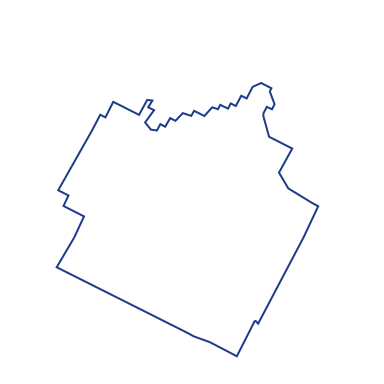 Tuscaloosa, Alabama, United States of America (Robinson projection), rotated 297°
{"feature_id": "52423323B92011906728955", "entity_name": "Tuscaloosa", "entity_type": "district", "adm_level": 2, "iso_a3": "USA", "parent_name": "United States of America", "parent_adm1": "Alabama", "projection": "robinson", "projection_center": [-87.372, 33.307], "detail": "fine", "context": "isolated", "style": "outline", "palette": "blue", "viewbox_px": 384, "rotation_deg": 297, "n_neighbors": 0, "source": "geoboundaries", "source_scale": "gbopen_adm2", "svg_char_len": 906}
<svg xmlns="http://www.w3.org/2000/svg" viewBox="0 0 384 384"><g transform="rotate(297 192 192)"><path d="M63.5,105.6L64.1,200.8L64.4,252.6L64.2,259.2L66.3,276.2L66.0,306.5L92.6,306.5L105.1,306.4L106.0,307.2L104.7,310.7L202.3,312.0L236.6,310.9L236.8,303.6L238.9,276.2L248.8,260.7L276.2,261.6L276.2,235.6L291.8,221.3L294.7,219.9L301.8,220.0L302.0,225.7L307.7,225.7L316.9,215.7L320.5,215.6L320.5,207.4L320.5,204.1L313.2,198.3L300.2,198.2L300.1,192.2L288.5,192.0L288.5,186.3L282.7,186.3L282.6,183.5L282.5,177.6L277.6,177.6L276.7,171.6L265.3,168.5L265.3,157.0L259.5,156.8L258.1,148.0L247.9,144.9L247.9,139.0L238.0,138.5L238.1,133.0L230.9,132.8L228.9,127.1L232.7,118.6L247.7,121.1L247.6,114.5L255.5,115.2L253.7,110.3L236.7,109.8L236.6,80.9L219.2,81.0L219.2,75.2L201.7,75.0L132.8,72.0L132.8,83.5L121.2,83.9L121.2,106.9L114.3,107.1L98.0,107.7L63.5,105.6Z" fill="none" stroke="#1e3a8a" stroke-width="2"/></g></svg>